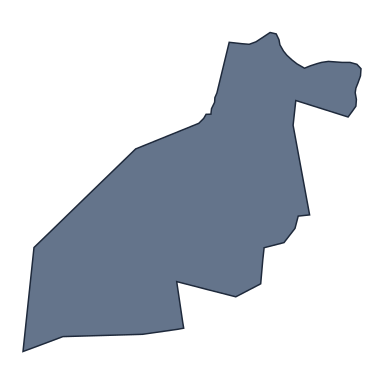 outline of Bodó, Rio Grande do Norte, Brazil
{"feature_id": "56859067B28283523222069", "entity_name": "Bodó", "entity_type": "district", "adm_level": 2, "iso_a3": "BRA", "parent_name": "Brazil", "parent_adm1": "Rio Grande do Norte", "projection": "mercator", "projection_center": [-36.402, -5.954], "detail": "fine", "context": "isolated", "style": "filled", "palette": "slate", "viewbox_px": 384, "rotation_deg": 0, "n_neighbors": 0, "source": "geoboundaries", "source_scale": "gbopen_adm2", "svg_char_len": 877}
<svg xmlns="http://www.w3.org/2000/svg" viewBox="0 0 384 384"><path d="M356.4,99.5L355.2,92.7L355.9,88.1L357.8,83.4L360.5,75.9L361.0,68.7L356.9,64.3L350.0,62.4L342.0,62.4L328.4,61.4L321.6,62.4L317.2,63.6L310.4,65.8L304.5,68.2L297.0,63.9L291.9,59.9L286.9,55.3L283.5,51.1L279.9,44.8L279.0,39.8L276.2,33.9L270.1,32.5L256.0,41.8L249.2,44.3L241.9,43.7L229.2,42.3L216.9,93.0L214.9,97.6L214.6,102.3L211.5,108.7L210.9,114.2L206.1,114.3L203.7,118.4L198.8,123.3L135.7,148.9L84.8,198.2L52.2,229.9L34.0,247.5L23.0,351.5L40.0,345.2L62.9,336.6L105.1,335.4L132.5,334.6L142.5,334.3L177.6,329.3L183.7,328.2L182.6,321.5L176.7,281.6L208.3,289.8L235.8,296.8L260.7,283.8L262.8,259.7L263.3,255.2L264.1,247.7L284.0,242.6L289.1,236.0L295.0,228.4L298.2,216.1L309.6,214.9L293.1,125.3L295.8,100.5L348.1,117.0L353.0,110.3L355.9,106.2L356.4,99.5Z" fill="#64748b" stroke="#1e293b" stroke-width="1.5"/></svg>